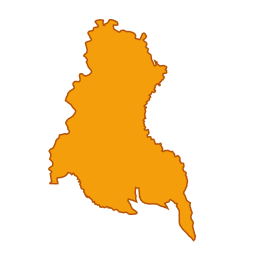 outline of La Tebaida, Quindío, Colombia, rotated 95°
{"feature_id": "7082276B51797720548410", "entity_name": "La Tebaida", "entity_type": "district", "adm_level": 2, "iso_a3": "COL", "parent_name": "Colombia", "parent_adm1": "Quindío", "projection": "robinson", "projection_center": [-75.811, 4.441], "detail": "fine", "context": "isolated", "style": "filled", "palette": "amber", "viewbox_px": 256, "rotation_deg": 95, "n_neighbors": 0, "source": "geoboundaries", "source_scale": "gbopen_adm2", "svg_char_len": 5861}
<svg xmlns="http://www.w3.org/2000/svg" viewBox="0 0 256 256"><g transform="rotate(95 128 128)"><path d="M190.1,200.9L189.8,195.1L189.5,193.0L187.7,193.4L185.3,194.4L183.9,194.1L182.9,189.6L181.3,186.5L179.6,184.8L177.7,184.1L177.9,181.4L179.4,180.1L178.9,179.5L177.8,178.7L177.9,178.4L178.2,177.8L179.0,177.6L179.9,176.8L180.2,175.3L181.3,174.1L182.2,173.7L183.3,173.8L183.5,172.6L184.4,171.6L184.6,171.5L185.9,172.5L186.1,172.3L185.9,171.0L186.3,170.6L187.1,170.6L188.4,171.1L189.8,170.0L191.5,169.7L192.6,168.8L192.8,167.4L193.5,166.4L194.1,166.3L195.0,166.7L195.3,166.7L196.8,165.3L198.3,164.9L198.7,164.0L199.9,163.8L200.1,163.2L199.5,162.9L199.5,162.5L200.5,162.3L200.7,161.9L200.2,161.4L200.1,160.7L200.9,160.3L202.6,157.6L204.8,156.7L204.8,156.0L204.2,155.4L204.3,155.1L206.3,154.4L206.9,153.8L206.7,152.3L207.4,151.6L207.3,150.1L207.7,149.6L208.8,149.2L209.2,148.6L209.2,147.6L208.6,146.1L209.3,145.1L209.3,144.3L209.1,143.5L208.2,142.5L208.1,142.0L208.4,141.4L209.3,140.7L208.7,139.8L209.4,138.8L209.2,137.3L210.9,135.5L211.0,134.7L210.3,133.3L210.2,132.2L210.6,131.2L212.1,129.9L212.3,129.4L212.7,124.9L212.0,122.3L213.5,119.8L213.8,118.2L212.9,112.8L211.8,111.6L211.4,111.7L210.6,112.5L208.0,116.8L205.7,118.3L203.9,118.9L202.8,120.1L201.7,120.6L200.6,121.8L198.8,121.4L199.7,116.7L200.9,112.9L197.8,114.2L195.1,114.1L192.0,115.2L186.8,115.2L187.1,114.7L186.9,111.9L195.3,110.5L195.2,110.4L198.1,109.2L199.1,108.4L200.3,106.8L201.1,105.2L201.4,104.1L201.8,100.5L201.3,95.4L201.3,92.4L202.8,88.9L203.2,87.1L203.4,84.1L203.9,84.4L204.2,82.4L204.8,81.3L202.9,82.4L200.0,84.8L198.8,83.1L198.1,81.1L197.5,80.6L196.0,80.2L195.6,79.5L197.3,76.3L198.2,75.3L199.1,74.6L199.0,73.3L199.2,72.4L201.4,73.0L205.9,69.7L217.1,68.7L219.3,68.2L220.8,67.3L224.1,64.6L227.5,60.4L230.0,58.0L231.8,55.3L234.4,52.9L233.2,51.9L229.5,51.5L229.5,51.9L220.2,55.1L216.6,54.7L215.6,55.2L213.5,56.8L211.8,57.6L209.7,57.5L207.1,56.7L205.9,57.1L204.1,58.2L202.5,58.6L201.1,59.3L199.0,59.7L197.1,59.4L196.2,61.6L194.7,63.4L190.6,65.2L188.4,66.9L188.0,66.6L186.9,66.9L185.1,65.9L180.6,64.4L179.9,64.3L179.1,64.6L176.9,64.1L175.5,64.2L173.9,64.6L173.0,65.3L171.2,65.4L170.4,66.5L169.8,66.6L168.5,66.1L167.4,66.3L166.9,66.8L166.2,68.6L164.5,69.6L162.7,69.7L161.6,68.9L158.7,69.5L158.4,69.9L158.3,71.9L157.6,72.9L156.6,72.8L155.9,73.9L155.0,73.5L153.4,73.7L151.5,75.3L151.3,76.5L152.0,77.1L152.4,78.0L152.1,79.0L151.7,79.3L150.8,79.2L150.2,79.3L149.4,79.9L148.6,81.0L147.6,81.5L147.8,84.0L147.0,85.6L146.8,86.7L147.3,88.1L147.3,89.5L148.5,90.9L148.1,92.0L147.6,92.3L147.0,91.7L145.5,91.7L142.7,93.6L141.0,93.6L140.7,93.8L140.4,94.6L141.5,95.7L141.2,97.6L141.7,98.6L141.5,99.3L137.1,101.3L137.0,101.7L137.3,103.3L137.3,103.9L135.2,104.4L134.7,104.8L134.7,105.5L135.4,107.4L135.2,107.8L133.3,108.3L131.7,106.8L129.8,107.0L128.0,107.7L127.8,108.4L128.8,109.8L128.2,111.2L127.6,111.7L126.0,110.6L125.4,110.9L124.4,112.0L123.1,112.0L121.6,112.9L119.9,112.3L119.3,113.3L118.9,113.5L117.4,112.5L116.8,111.3L116.4,111.4L116.3,112.2L115.0,112.0L112.5,112.6L109.9,111.9L107.6,112.8L105.9,111.5L105.5,111.8L105.7,113.3L105.2,113.7L104.7,113.7L103.4,112.8L102.0,111.2L101.5,111.2L100.7,111.9L100.2,111.8L98.4,109.4L97.6,109.1L96.7,109.4L95.2,108.2L94.5,108.4L93.9,109.6L93.5,109.8L92.4,108.1L90.0,107.2L89.8,106.5L90.3,105.5L90.2,105.0L89.5,104.2L88.8,103.9L88.1,104.0L87.8,105.1L87.4,105.4L85.4,104.5L84.5,104.9L83.2,104.2L81.9,103.3L81.3,102.6L81.6,102.0L82.8,100.9L83.0,100.2L82.7,99.8L81.9,99.9L81.3,100.8L80.8,101.0L79.9,99.9L79.0,99.7L78.4,98.9L77.1,98.4L76.9,97.4L75.7,97.0L74.6,96.3L74.0,96.4L72.9,97.7L71.3,98.0L70.6,97.4L70.0,94.8L69.4,94.3L67.4,94.7L66.6,95.9L66.3,96.0L65.0,94.9L63.7,94.9L62.9,97.0L62.7,98.1L63.3,100.7L63.3,101.8L61.6,104.5L59.8,105.0L58.8,107.1L61.3,105.9L62.7,105.6L63.6,106.1L63.8,106.5L63.6,107.4L60.5,108.8L57.8,110.5L53.2,111.6L51.6,114.1L50.7,115.1L50.1,115.3L48.6,114.7L47.3,114.9L46.0,117.2L44.9,117.2L43.0,116.5L42.2,116.7L41.2,117.6L40.2,119.3L39.1,120.6L38.8,120.6L37.3,118.7L35.5,117.7L34.8,117.7L32.3,119.7L32.2,120.7L32.8,121.8L35.5,122.5L38.5,123.8L38.8,123.9L38.9,124.4L38.1,128.6L35.5,128.4L34.7,128.6L33.5,129.7L32.5,131.5L31.8,135.2L32.1,138.3L31.2,140.1L31.0,141.1L31.6,143.5L33.2,144.8L33.1,145.8L30.7,150.6L27.7,151.6L26.8,151.5L26.5,147.7L26.0,147.2L25.3,147.2L24.1,147.6L23.5,148.0L22.6,149.8L21.9,152.1L21.6,154.7L21.9,155.9L24.5,157.1L25.9,158.6L26.2,159.8L26.6,160.1L27.5,160.1L28.0,160.8L27.8,161.4L27.4,161.6L25.3,162.2L23.2,161.8L22.7,162.3L22.7,165.5L23.7,168.9L24.6,169.8L25.2,169.9L28.3,166.9L29.0,166.5L29.8,166.6L31.0,170.6L31.7,171.0L33.8,171.3L34.1,171.7L35.0,174.9L35.8,175.8L36.4,176.0L37.2,176.1L39.2,174.6L41.2,173.6L42.5,172.3L43.3,172.2L44.6,173.3L45.6,176.1L46.6,177.6L47.5,177.7L53.2,175.6L55.5,175.4L56.9,175.9L58.5,177.7L60.0,178.3L60.9,176.7L63.2,174.6L63.7,174.4L64.6,174.5L65.8,175.3L71.1,172.5L73.8,169.6L75.1,169.2L76.7,169.9L77.6,170.7L78.5,171.7L79.7,174.2L79.9,175.1L79.6,176.3L78.0,178.4L78.2,180.1L78.5,180.6L79.8,181.0L83.7,179.9L85.2,180.0L85.9,180.7L86.2,181.5L86.2,184.6L86.5,185.3L87.7,186.4L89.3,186.6L90.1,186.4L91.9,185.1L93.0,185.1L94.4,186.5L96.5,189.4L98.9,190.9L101.1,191.2L102.2,191.9L106.2,192.7L107.3,190.6L108.7,188.7L109.6,186.9L112.2,184.9L115.1,181.7L116.3,181.6L118.3,182.3L121.0,184.1L122.1,185.3L123.9,187.8L125.5,189.3L127.6,190.3L128.2,190.4L129.6,189.9L131.6,188.4L134.3,187.7L136.3,186.1L137.5,186.1L138.1,186.5L139.5,188.3L139.6,188.9L139.1,189.8L139.2,190.7L139.9,192.1L140.9,195.6L144.1,196.0L145.0,197.4L146.9,198.6L149.4,199.0L154.0,200.6L154.5,201.0L156.3,203.8L157.4,204.4L158.1,204.5L159.7,203.1L160.9,202.7L163.1,202.5L165.8,203.3L167.6,201.1L168.8,200.1L171.2,199.7L172.2,200.0L174.8,203.0L175.8,203.3L176.5,202.9L177.4,201.0L178.3,200.3L179.1,200.3L180.1,201.4L180.4,201.4L188.0,199.4L189.2,200.6L190.1,200.9Z" fill="#f59e0b" stroke="#b45309" stroke-width="1.5"/></g></svg>